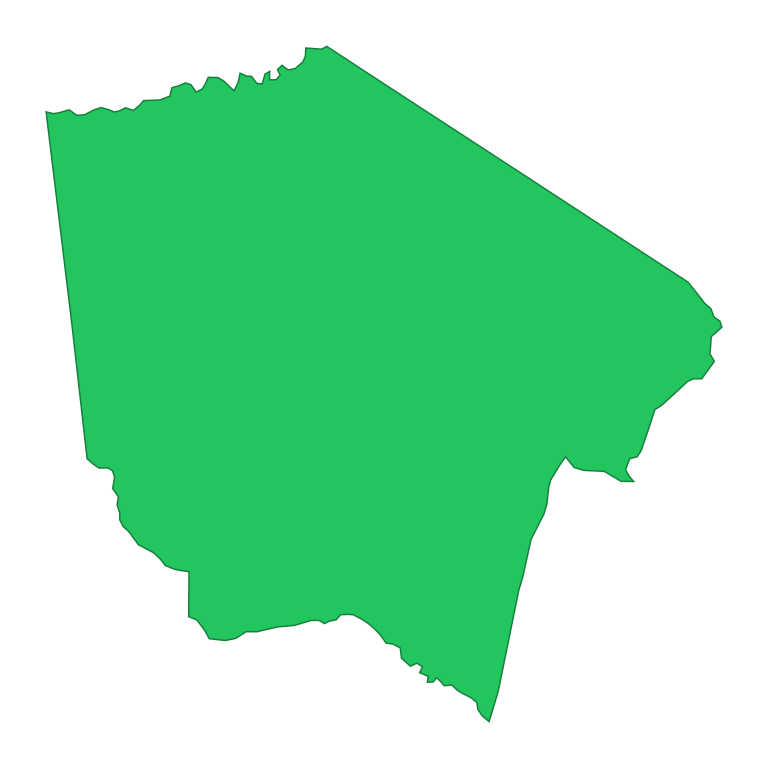 outline of São Domingos do Azeitão, Maranhão, Brazil
{"feature_id": "56859067B85807421468781", "entity_name": "São Domingos do Azeitão", "entity_type": "district", "adm_level": 2, "iso_a3": "BRA", "parent_name": "Brazil", "parent_adm1": "Maranhão", "projection": "natural_earth1", "projection_center": [-44.617, -6.848], "detail": "fine", "context": "isolated", "style": "filled", "palette": "green", "viewbox_px": 768, "rotation_deg": 0, "n_neighbors": 0, "source": "geoboundaries", "source_scale": "gbopen_adm2", "svg_char_len": 1982}
<svg xmlns="http://www.w3.org/2000/svg" viewBox="0 0 768 768"><path d="M714.3,361.3L710.0,354.0L711.3,336.6L721.9,327.2L720.0,321.3L714.1,317.1L710.8,308.6L704.6,303.2L696.9,293.2L688.1,282.2L644.7,253.9L553.7,194.5L540.3,185.7L380.7,81.7L326.8,46.4L321.6,49.2L314.1,48.6L305.8,48.0L305.4,56.1L302.9,61.9L295.3,68.5L288.2,70.0L282.0,65.3L277.5,69.6L280.1,75.0L276.1,79.8L269.5,79.8L269.7,71.4L265.0,74.2L262.2,83.9L256.7,83.3L251.6,76.4L246.4,76.0L240.1,73.2L238.2,82.3L234.1,90.8L228.7,85.8L224.3,81.4L218.1,77.6L208.3,77.3L205.3,83.9L202.4,88.9L196.1,92.1L190.9,84.6L185.4,82.9L178.6,85.8L172.0,87.7L169.8,96.2L159.7,100.0L143.6,100.6L139.9,105.0L133.3,110.4L125.7,107.8L119.1,111.0L114.1,112.0L109.2,109.8L101.0,107.6L94.2,109.8L84.6,114.7L77.1,115.4L69.0,109.8L58.6,112.9L53.2,113.6L46.1,111.9L71.7,322.5L87.1,458.7L93.1,464.0L99.1,468.1L107.7,467.8L112.4,470.6L114.6,476.7L112.7,488.7L118.4,496.8L117.1,504.8L119.8,513.1L119.8,519.9L123.3,526.8L128.8,531.6L138.4,544.7L153.5,552.7L159.9,558.6L165.4,565.6L175.0,569.4L181.7,570.6L189.0,571.6L188.7,616.7L196.9,620.0L205.0,630.8L209.2,638.7L225.2,640.5L235.7,638.4L246.1,631.7L257.2,631.7L263.2,630.2L278.4,626.8L294.5,625.4L311.3,620.4L319.0,620.4L324.6,623.6L329.7,621.0L336.1,619.8L340.7,614.7L347.7,614.4L353.1,614.7L360.5,618.5L367.9,623.2L374.1,628.4L380.4,634.9L386.1,643.1L392.8,644.1L400.2,647.8L401.5,658.2L410.4,666.2L416.8,663.2L422.4,666.7L419.7,672.7L428.2,676.3L427.4,682.2L433.3,681.9L436.6,677.7L440.6,681.5L444.2,685.7L451.8,685.0L457.7,690.6L462.9,693.6L471.4,698.0L476.8,702.4L477.9,709.5L482.2,715.9L489.1,721.6L498.2,691.4L518.8,590.2L522.7,577.3L531.1,539.3L543.9,514.1L546.9,504.1L548.8,486.7L550.7,479.9L560.2,464.4L565.6,456.8L574.1,467.5L583.8,470.4L604.2,471.3L621.0,481.3L633.6,481.5L629.3,476.4L625.5,469.7L629.8,458.6L637.1,456.8L641.1,450.7L648.9,428.1L654.8,409.8L662.7,404.4L687.9,381.2L693.1,378.9L701.8,378.7L705.6,373.5L714.3,361.3Z" fill="#22c55e" stroke="#15803d" stroke-width="1.5"/></svg>